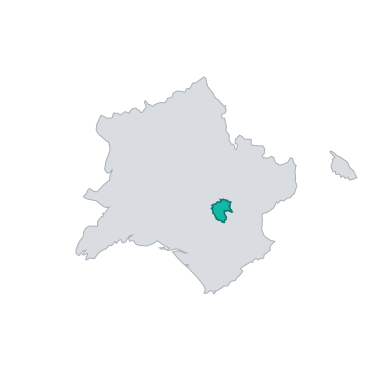 Cantal highlighted on a map of France, rotated 309°
{"feature_id": "FRA-5276", "entity_name": "Cantal", "entity_type": "Metropolitan department", "adm_level": 1, "iso_a3": "FRA", "parent_name": "France", "parent_adm1": "", "projection": "mercator", "projection_center": [2.647, 45.051], "detail": "fine", "context": "in_parent", "style": "filled", "palette": "teal", "viewbox_px": 384, "rotation_deg": 309, "n_neighbors": 0, "source": "natural_earth", "source_scale": "10m", "svg_char_len": 6079}
<svg xmlns="http://www.w3.org/2000/svg" viewBox="0 0 384 384"><g transform="rotate(309 192 192)"><path d="M280.2,163.8L278.2,165.0L276.9,167.3L275.6,167.8L273.3,167.8L272.1,166.4L269.3,167.3L268.2,168.8L269.9,170.6L264.2,178.0L260.7,179.9L259.9,184.7L255.7,188.2L254.1,192.0L254.0,192.7L255.0,193.9L254.6,196.3L252.4,197.9L252.5,199.5L253.1,199.7L256.3,198.5L257.6,197.0L256.9,195.0L260.2,192.6L266.1,193.2L266.7,196.5L266.0,199.1L270.2,205.0L266.5,207.7L266.3,209.5L270.1,215.3L272.4,217.7L271.2,221.5L267.2,224.0L264.6,223.8L263.6,224.5L263.7,225.6L265.4,229.2L269.7,231.4L270.4,234.0L269.2,235.0L267.2,238.9L268.0,240.9L267.7,241.7L268.2,243.1L269.3,244.4L275.2,247.7L280.6,247.1L281.3,249.0L278.0,254.1L278.2,256.4L276.5,256.5L276.2,257.3L272.9,259.0L267.6,264.1L265.1,265.6L264.0,268.2L262.6,269.7L254.9,272.6L253.5,271.9L249.7,272.0L247.4,270.2L242.9,269.0L241.5,266.3L237.3,265.8L237.1,264.0L231.2,265.6L222.9,263.1L220.0,260.5L217.6,261.2L215.5,263.6L206.6,269.8L203.1,276.2L203.8,283.7L205.8,287.4L200.4,286.8L197.2,287.9L196.4,289.4L188.7,287.6L185.9,289.1L185.1,289.0L184.1,287.5L180.4,285.7L180.9,284.5L180.4,283.4L176.9,282.5L175.7,283.6L174.3,281.4L164.5,278.0L162.9,278.1L162.2,281.4L155.9,281.4L154.9,280.7L150.8,281.4L146.5,278.3L141.6,278.9L138.6,275.7L135.8,275.4L131.7,273.8L129.8,272.9L129.6,271.9L128.4,273.4L126.8,273.1L126.5,272.6L127.5,270.8L127.7,268.7L122.6,267.2L121.2,265.6L121.2,264.8L124.0,264.1L126.4,261.2L128.8,250.5L130.5,237.8L131.8,235.3L133.3,234.7L132.1,232.9L130.5,235.2L131.4,223.4L133.3,214.5L137.6,218.1L138.6,219.7L139.9,225.0L142.3,227.3L140.7,225.1L139.1,218.1L138.2,216.0L131.3,210.1L131.1,208.7L134.1,209.4L132.9,205.0L132.2,195.6L128.0,194.6L121.3,190.6L116.7,183.3L116.2,180.6L117.4,177.7L116.4,175.8L114.4,174.6L115.9,172.1L117.3,171.8L122.1,173.2L118.2,170.9L111.8,171.7L109.2,170.9L108.8,169.1L110.5,166.9L108.4,165.5L104.7,165.8L104.3,165.2L105.3,163.6L104.4,163.0L101.4,163.6L99.8,163.1L98.2,161.3L93.3,160.9L92.3,159.8L85.6,157.7L78.7,158.1L76.7,154.4L72.5,152.6L73.3,151.4L77.6,150.3L78.4,149.3L75.3,147.8L74.2,146.2L79.9,145.9L77.3,144.3L71.8,144.4L71.0,142.2L71.8,139.9L75.0,137.8L82.9,135.6L88.8,135.5L92.9,132.9L96.9,132.2L100.8,133.5L106.0,140.0L110.2,137.1L116.4,137.2L117.7,138.8L119.3,135.9L120.7,137.6L128.3,137.0L126.5,135.9L125.1,133.1L124.8,122.9L120.9,115.4L119.9,112.7L120.2,110.4L124.7,110.8L128.5,109.7L130.3,110.4L130.7,115.3L132.3,118.1L142.7,118.9L148.8,120.4L153.8,117.7L158.6,116.5L159.0,115.8L156.2,116.1L153.7,114.9L153.4,113.6L154.7,109.8L162.0,105.7L172.6,102.1L175.3,99.7L178.5,95.4L177.8,94.3L178.2,82.5L179.8,78.6L183.9,75.7L194.2,72.9L195.5,76.7L195.4,78.8L198.2,82.2L199.5,83.2L204.0,81.4L206.2,84.5L206.9,88.0L212.3,89.4L213.9,94.0L214.9,93.0L218.3,93.2L219.9,93.6L222.1,95.6L221.4,98.3L222.4,99.6L221.5,102.1L222.1,103.1L228.4,103.1L230.2,102.0L231.1,99.5L233.0,98.0L233.7,98.5L232.5,103.1L233.4,104.3L233.8,107.6L236.2,107.9L240.8,110.5L244.6,114.9L249.4,114.1L253.1,116.6L257.0,115.3L260.7,116.6L262.0,117.9L265.4,123.9L268.0,122.7L269.9,123.4L270.5,125.2L277.5,124.2L278.7,125.9L280.2,126.5L289.0,128.8L289.1,131.0L284.0,137.4L281.8,146.5L280.3,149.6L279.7,152.0L280.1,153.5L279.9,156.0L278.8,161.8L279.4,163.5L280.2,163.8ZM311.8,278.8L311.3,282.1L312.5,284.6L313.0,294.2L310.4,298.9L310.0,304.5L306.8,311.1L301.9,308.2L300.4,306.5L301.7,304.0L298.9,302.6L299.6,300.1L299.3,298.9L297.3,298.8L297.1,298.1L298.6,296.2L298.6,295.0L296.7,293.5L296.3,292.2L298.2,290.7L297.3,289.4L296.3,289.0L298.8,284.6L300.5,283.3L304.4,282.1L306.0,280.4L308.5,281.3L308.9,280.9L309.8,273.9L310.7,273.8L311.5,274.7L311.8,278.8ZM131.6,205.5L131.0,207.6L128.4,204.0L128.1,201.9L131.6,205.5Z" fill="#d9dde1" stroke="#a8b0b8" stroke-width="1"/><path d="M204.0,218.8L204.1,219.2L204.2,219.6L204.1,220.5L205.0,220.3L205.5,220.4L205.9,220.7L206.1,220.9L206.2,221.7L206.3,222.0L206.7,222.5L206.8,222.8L206.8,223.6L206.9,224.0L207.1,224.4L207.3,224.5L207.6,224.5L207.8,224.6L207.8,224.9L207.7,225.2L207.4,225.4L207.2,225.6L207.1,226.0L207.2,226.3L208.3,227.4L208.4,227.9L208.5,228.4L208.3,228.3L208.1,228.4L207.9,228.5L207.3,228.9L207.1,229.0L206.9,229.1L206.7,229.1L206.4,229.1L205.4,230.1L205.1,230.3L204.8,230.4L204.7,230.3L204.5,229.8L204.3,229.8L204.2,229.8L203.9,230.1L203.9,230.6L203.8,231.2L203.6,231.3L203.3,231.5L203.1,231.8L203.0,232.2L202.8,233.3L202.7,234.1L202.6,234.3L202.3,234.7L202.1,235.0L201.9,235.8L201.3,235.3L201.2,235.1L201.0,234.6L200.9,234.3L200.9,234.2L200.9,233.7L200.8,233.4L200.7,233.2L200.8,232.9L201.0,232.8L201.0,232.7L200.9,232.5L200.8,232.4L200.4,232.3L200.3,232.2L200.2,232.1L200.0,231.5L199.9,231.3L199.6,230.9L199.4,230.5L199.2,230.5L198.6,230.6L198.4,230.4L198.4,230.1L198.4,229.8L198.4,229.7L198.0,229.2L197.9,229.1L197.8,228.9L197.6,228.8L195.4,231.2L195.3,231.4L195.3,231.5L195.2,231.8L195.2,232.0L194.7,232.7L194.5,233.1L194.5,233.3L194.4,233.7L194.4,233.9L194.3,234.0L194.2,234.2L193.7,234.7L193.5,235.0L193.3,235.2L193.0,235.3L192.5,235.4L191.8,235.4L191.7,235.4L191.4,235.4L191.3,235.5L191.2,235.6L190.9,235.3L190.8,235.2L190.6,235.2L190.4,235.2L189.4,235.5L189.2,235.5L188.8,236.3L188.6,236.2L188.4,236.1L188.3,235.9L188.2,235.6L188.1,234.9L187.9,234.7L187.7,234.5L187.6,234.3L187.8,233.9L188.0,232.7L188.0,232.4L187.9,232.2L187.6,231.6L186.9,230.5L186.8,230.1L186.7,229.7L186.5,228.3L186.3,227.9L186.7,227.7L187.3,227.6L187.5,227.6L187.6,227.3L187.6,227.2L187.2,226.4L187.1,226.2L187.3,225.9L187.9,225.4L188.1,225.2L188.3,224.7L188.5,224.2L188.8,223.5L188.9,223.2L188.7,222.8L188.6,222.6L188.6,222.3L188.6,222.1L188.6,221.9L189.3,221.4L189.5,220.8L189.5,220.7L189.9,220.6L190.2,220.4L190.4,220.3L190.9,219.3L191.1,219.3L191.1,219.2L191.3,218.8L191.5,218.4L191.6,218.2L191.5,217.9L191.4,217.8L191.4,217.7L191.4,217.4L191.7,217.4L191.8,217.3L192.0,217.4L192.2,217.5L192.4,217.7L192.8,217.9L193.3,217.9L193.5,217.9L193.8,217.3L194.1,215.8L194.4,215.8L195.3,216.4L196.2,216.6L196.6,216.9L197.2,218.0L198.0,218.0L199.4,217.8L200.6,218.3L200.8,218.7L201.1,219.5L201.4,219.9L202.2,220.4L202.8,220.1L204.0,218.8Z" fill="#14b8a6" stroke="#0f766e" stroke-width="1.5"/></g></svg>